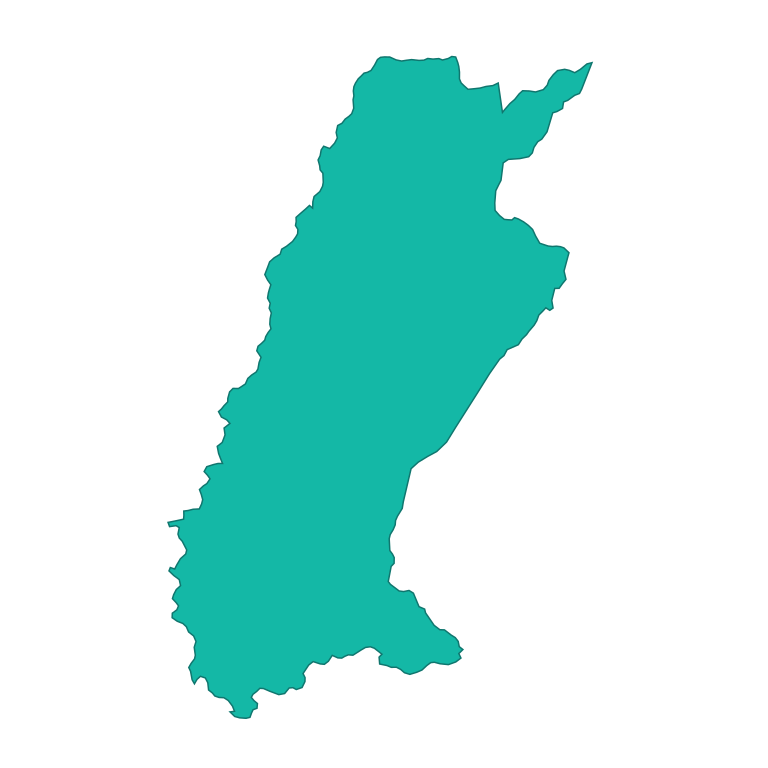 Barro Alto, Goiás, Brazil (orthographic projection), rotated 177°
{"feature_id": "56859067B57270530570093", "entity_name": "Barro Alto", "entity_type": "district", "adm_level": 2, "iso_a3": "BRA", "parent_name": "Brazil", "parent_adm1": "Goiás", "projection": "orthographic", "projection_center": [-48.875, -14.903], "detail": "fine", "context": "isolated", "style": "filled", "palette": "teal", "viewbox_px": 768, "rotation_deg": 177, "n_neighbors": 0, "source": "geoboundaries", "source_scale": "gbopen_adm2", "svg_char_len": 4568}
<svg xmlns="http://www.w3.org/2000/svg" viewBox="0 0 768 768"><g transform="rotate(177 384 384)"><path d="M553.8,330.5L552.8,323.3L551.3,318.6L549.4,313.1L554.0,313.3L558.4,312.5L565.3,310.7L568.2,306.0L565.0,302.1L562.7,298.4L566.1,293.8L569.7,291.7L573.8,288.3L572.2,283.1L571.1,278.0L572.4,273.8L575.0,268.9L581.2,268.9L586.3,267.9L590.6,267.6L590.7,263.4L591.2,259.5L598.6,258.3L606.9,257.1L605.6,252.8L599.0,253.4L596.0,251.3L597.6,244.9L596.5,240.9L593.7,237.5L589.7,228.6L590.9,224.6L596.4,220.2L600.2,214.5L602.7,210.2L607.0,211.9L608.5,208.6L603.9,203.7L598.7,199.4L597.7,193.3L602.2,189.6L605.1,184.6L606.5,180.7L603.1,176.7L600.8,173.2L602.7,169.3L607.4,166.2L607.8,161.7L602.9,157.9L597.4,155.4L594.1,152.0L592.1,146.6L587.3,142.4L585.2,136.7L587.3,131.0L586.6,123.0L587.6,119.4L591.3,115.0L593.8,111.1L592.2,107.2L591.1,98.7L589.0,94.5L586.2,98.8L582.6,101.7L577.8,99.8L575.6,94.9L575.2,87.6L571.5,84.4L569.3,81.3L565.1,79.6L560.3,79.1L556.1,76.1L552.2,70.3L550.4,65.0L554.9,64.6L550.5,59.8L545.7,58.2L539.3,57.4L535.3,58.1L533.5,62.4L531.8,65.6L527.8,66.8L527.1,71.5L530.4,74.6L532.9,78.0L531.1,81.0L527.3,83.6L523.9,86.6L520.3,86.2L514.0,83.1L505.3,79.3L499.4,80.1L494.6,85.4L490.8,85.5L487.6,83.5L481.7,85.2L478.5,91.0L478.2,94.9L480.0,99.1L473.9,107.3L469.3,110.5L462.3,107.8L458.2,107.2L454.1,110.0L449.9,115.7L444.4,112.9L440.5,112.5L437.4,114.1L433.8,115.4L429.2,114.8L421.1,119.4L416.3,121.9L411.4,122.3L407.4,120.6L400.2,114.3L403.2,111.5L403.0,104.6L395.8,102.7L391.6,100.7L386.4,100.5L382.3,98.1L378.7,94.6L373.4,92.7L366.4,94.4L361.0,96.4L355.9,100.7L351.9,103.3L348.3,103.5L342.7,101.7L334.4,100.4L326.8,102.7L321.5,106.3L323.4,110.9L319.1,114.7L322.6,117.8L323.4,123.1L326.1,127.0L330.1,129.8L336.5,135.3L341.1,135.7L346.6,140.4L354.5,153.3L355.2,157.1L360.7,159.8L365.6,173.6L369.8,176.5L375.3,175.7L379.7,176.5L388.1,183.6L390.1,186.5L386.4,201.5L383.3,204.4L382.9,210.1L384.4,213.6L386.9,217.4L386.9,229.2L385.7,233.3L382.5,238.0L380.2,242.7L379.6,247.1L377.4,251.4L372.3,258.8L370.9,265.3L361.4,298.0L353.8,304.2L344.0,309.5L334.9,313.8L324.6,322.7L314.8,336.9L290.7,370.8L278.1,388.8L267.2,402.8L262.7,406.1L259.2,411.9L247.8,416.2L243.8,421.7L239.1,425.8L236.6,429.0L231.0,434.9L228.1,439.2L225.8,444.7L221.8,448.3L218.4,451.6L214.6,448.9L211.2,451.0L212.1,458.7L208.5,470.5L204.1,470.4L200.6,474.8L196.8,479.0L198.3,487.4L193.6,501.9L192.4,505.4L197.2,510.5L200.6,511.9L204.5,512.6L208.6,512.5L212.9,513.2L221.1,516.4L224.9,523.9L227.5,530.5L231.5,534.8L236.1,538.6L241.2,541.8L244.9,543.3L247.7,541.1L251.3,541.5L255.3,542.1L259.8,546.2L264.0,551.5L263.9,559.0L262.8,567.2L262.3,571.1L259.3,576.5L256.5,581.3L253.4,598.6L248.1,601.8L236.5,602.0L227.6,603.4L223.8,607.0L221.9,612.4L217.8,617.9L213.6,620.3L208.0,627.3L201.3,646.0L197.1,647.0L191.3,649.8L189.9,656.3L185.7,657.6L178.5,662.3L173.6,663.9L171.2,668.0L159.5,694.0L164.6,693.0L171.5,687.9L177.2,684.9L182.5,687.5L187.1,688.8L194.3,687.9L198.7,684.1L203.4,678.6L205.3,673.9L209.5,669.6L217.4,667.7L223.5,669.0L230.2,669.6L233.8,666.7L238.6,661.3L243.6,657.4L248.9,651.9L251.5,649.0L254.2,678.6L259.7,676.3L266.5,675.8L272.6,674.5L279.4,674.1L284.7,673.9L288.4,677.6L291.2,680.6L292.7,684.7L292.3,691.6L292.7,697.2L293.5,701.1L295.3,706.8L299.2,707.5L302.8,705.7L308.6,704.5L312.2,706.1L318.1,705.9L323.3,706.8L327.2,705.3L332.1,705.3L339.4,706.5L344.8,706.1L349.5,705.6L354.9,707.0L361.1,710.2L366.5,710.6L370.4,710.4L373.5,708.4L376.7,703.0L380.5,697.8L384.3,696.1L387.7,695.5L390.7,692.7L393.6,690.3L396.7,686.0L398.5,682.5L399.3,678.2L399.0,673.3L400.0,669.5L399.8,661.0L402.1,655.6L404.9,653.2L408.9,650.6L412.3,646.6L416.7,644.6L418.6,637.7L417.7,632.2L420.7,627.1L425.9,622.0L431.8,624.6L434.5,621.0L435.8,615.3L438.1,611.2L436.8,605.3L436.6,601.2L434.0,597.7L434.1,588.6L435.0,584.7L438.0,579.5L444.0,574.9L445.5,569.8L446.1,563.4L449.1,566.2L453.3,562.7L458.5,558.7L463.1,555.0L463.2,550.7L464.1,546.9L461.9,542.9L462.4,538.5L464.4,535.4L467.9,531.1L474.2,526.6L479.1,524.0L480.9,519.1L487.2,515.7L491.8,512.0L493.9,507.1L497.3,499.5L494.8,493.9L491.8,489.1L493.5,484.6L494.7,481.0L495.8,475.9L493.4,470.6L494.7,465.7L492.8,460.9L494.3,455.1L494.9,449.6L494.0,445.0L497.0,441.5L499.6,437.6L500.8,434.0L504.3,430.9L507.8,428.3L509.3,423.8L505.4,417.1L507.6,412.1L509.1,405.6L511.1,402.6L515.7,399.9L519.7,396.7L522.4,391.3L529.6,387.1L535.0,387.5L538.6,384.2L540.7,377.9L541.0,374.3L544.8,370.8L547.7,367.5L550.7,365.1L548.1,359.5L543.0,356.5L539.9,352.7L546.0,348.4L545.4,341.5L548.6,334.1L553.8,330.5Z" fill="#14b8a6" stroke="#0f766e" stroke-width="1.5"/></g></svg>